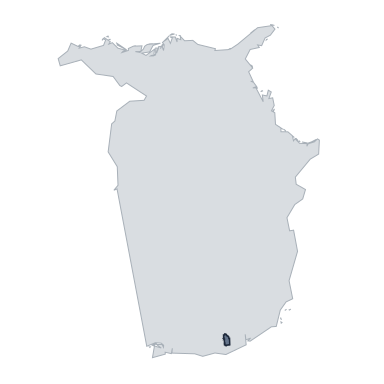 Tehama, California, United States of America (highlighted), rotated 268°
{"feature_id": "52423323B93817319778568", "entity_name": "Tehama", "entity_type": "district", "adm_level": 2, "iso_a3": "USA", "parent_name": "United States of America", "parent_adm1": "California", "projection": "orthographic", "projection_center": [-122.356, 40.125], "detail": "fine", "context": "in_parent", "style": "filled", "palette": "slate", "viewbox_px": 384, "rotation_deg": 268, "n_neighbors": 0, "source": "geoboundaries", "source_scale": "gbopen_adm2", "svg_char_len": 5179}
<svg xmlns="http://www.w3.org/2000/svg" viewBox="0 0 384 384"><g transform="rotate(268 192 192)"><path d="M313.3,100.1L327.9,86.0L322.7,64.7L330.0,62.9L337.2,72.7L345.0,76.4L341.2,83.7L342.1,85.9L339.7,84.3L340.9,89.5L338.3,96.0L341.6,108.7L346.9,111.0L348.3,109.0L346.7,107.5L347.8,107.9L349.3,109.9L345.0,115.6L342.7,114.0L344.0,117.6L338.3,123.0L336.0,130.7L335.1,128.0L333.8,126.8L335.7,133.4L337.6,133.4L339.8,138.5L339.8,147.1L334.2,145.7L334.3,140.3L333.3,144.7L336.5,148.4L339.3,149.8L341.0,152.4L341.8,165.6L339.9,158.3L333.5,154.5L332.5,146.6L330.1,150.8L336.0,159.5L331.3,158.8L330.3,159.8L329.9,156.2L329.4,155.3L329.4,158.4L330.3,160.4L337.2,160.8L336.9,163.2L333.0,161.4L331.9,161.4L336.6,163.5L338.3,163.5L338.7,166.3L336.3,165.5L340.4,167.5L340.1,168.4L338.0,167.3L334.4,168.5L340.0,169.4L342.4,167.7L349.0,174.8L343.7,169.5L346.4,173.4L341.3,175.6L346.7,177.7L347.8,175.4L347.5,180.7L342.4,182.3L346.1,182.5L344.6,186.1L348.1,185.7L343.4,189.9L343.5,198.1L339.3,202.9L334.4,220.4L332.6,219.8L333.0,232.8L333.6,235.6L338.2,243.0L353.9,263.3L355.5,277.7L351.9,280.6L346.0,275.8L343.4,270.4L335.8,266.7L336.7,262.7L334.1,264.3L332.4,255.1L323.1,249.9L313.7,257.0L310.2,252.8L300.0,257.1L300.7,254.5L299.5,257.3L295.1,260.3L293.9,256.4L293.9,259.5L279.7,266.3L286.5,265.7L285.4,270.2L291.1,271.8L289.2,274.7L282.7,272.1L283.3,275.9L275.6,277.2L270.3,274.2L268.4,277.5L256.7,277.8L251.5,285.1L252.8,283.1L249.1,283.0L248.8,289.9L242.9,296.2L244.2,294.4L239.6,295.2L241.6,296.9L236.9,301.2L236.3,308.8L233.7,308.4L236.1,309.7L237.8,316.0L240.7,319.3L239.4,321.1L225.5,319.9L220.7,311.3L203.3,295.8L196.1,296.4L190.5,305.5L181.2,302.4L175.9,294.3L163.0,286.0L149.8,288.2L150.3,292.2L129.0,295.4L100.0,285.9L81.8,288.9L78.9,282.2L70.9,276.1L54.7,271.5L54.5,266.6L40.9,244.9L41.3,242.6L44.0,245.5L42.3,240.7L47.9,240.2L37.4,240.8L28.4,220.2L30.3,209.3L27.4,197.0L30.2,189.1L31.7,166.3L36.5,166.9L31.2,165.7L32.8,159.6L30.9,159.6L27.8,146.7L39.4,149.1L37.2,155.8L40.9,151.1L40.6,156.7L37.8,158.1L39.8,158.3L42.0,156.0L42.7,150.2L39.4,141.4L197.7,117.2L196.5,114.0L201.3,118.3L219.9,118.2L235.0,109.6L262.9,114.1L265.6,117.4L275.6,119.7L284.9,133.0L285.3,147.3L289.5,149.9L303.3,130.3L299.9,125.4L300.9,123.6L310.2,117.2L313.3,100.1ZM341.5,124.0L343.9,121.3L336.3,131.7L341.8,121.9L341.5,124.0ZM40.3,146.9L41.9,150.5L41.8,151.0L39.6,148.3L40.3,146.9ZM240.3,318.2L237.5,313.1L236.9,309.8L237.9,313.1L240.3,318.2ZM342.0,83.6L343.0,85.2L342.4,85.2L342.0,83.6ZM270.9,275.8L271.5,277.0L270.1,276.4L270.9,275.8ZM61.1,276.9L62.9,276.1L63.0,276.3L61.1,276.9ZM59.1,276.4L58.4,277.4L57.8,276.6L59.1,276.4ZM347.5,113.9L347.4,115.5L347.1,115.4L347.5,113.9ZM237.3,306.6L236.9,309.4L238.2,303.7L237.3,306.6ZM349.1,256.5L352.1,260.5L348.7,256.1L349.1,256.5ZM70.7,281.0L71.5,282.4L70.6,281.1L70.7,281.0ZM356.3,278.0L355.6,280.2L356.6,275.9L356.3,278.0ZM350.8,177.5L350.5,180.1L349.3,175.1L350.8,177.5ZM38.7,144.0L38.7,145.0L38.1,144.5L38.7,144.0ZM241.9,297.9L239.7,299.8L241.9,297.5L241.9,297.9ZM350.2,112.4L350.8,113.5L349.9,113.9L350.2,112.4ZM70.8,285.0L71.5,286.7L70.6,285.2L70.8,285.0ZM239.3,301.0L238.4,301.9L239.1,300.6L239.3,301.0ZM341.5,154.7L341.6,158.0L341.2,153.7L341.5,154.7ZM251.1,286.4L249.7,288.0L251.6,285.5L251.1,286.4ZM333.7,233.9L334.2,236.1L333.5,234.7L333.7,233.9ZM348.6,185.7L348.4,186.4L348.9,184.1L348.6,185.7ZM317.2,254.7L315.8,256.6L315.1,256.7L317.2,254.7ZM294.3,260.2L294.1,260.7L293.1,261.1L294.3,260.2ZM341.7,271.6L342.4,272.9L341.3,271.5L341.7,271.6ZM290.6,265.1L290.7,266.5L289.9,264.2L290.6,265.1ZM353.7,283.5L352.8,284.2L353.9,283.0L353.7,283.5ZM340.0,139.5L340.1,141.1L339.8,138.9L340.0,139.5ZM349.8,181.1L349.5,181.9L349.4,181.9L349.8,181.1Z" fill="#d9dde1" stroke="#a8b0b8" stroke-width="1"/><path d="M47.9,218.5L47.7,218.5L47.4,218.6L47.2,218.7L46.9,218.6L46.7,218.6L46.4,218.5L46.2,218.6L45.9,218.6L45.7,218.6L45.4,218.6L45.2,218.7L45.1,218.8L45.0,218.7L45.0,218.8L44.9,218.8L44.7,218.8L44.5,218.7L44.4,218.8L44.4,218.7L44.3,218.8L44.2,218.8L43.9,218.9L43.7,218.9L43.6,219.0L43.5,218.9L43.5,219.0L43.4,219.0L43.2,219.0L42.9,219.1L42.7,219.1L42.4,219.2L42.2,219.2L41.9,219.2L41.7,219.2L41.3,219.2L41.2,219.2L40.9,219.1L40.7,219.1L40.5,219.3L40.4,219.3L40.2,219.5L39.9,219.6L39.7,219.6L39.5,219.4L39.5,219.5L39.4,219.5L39.4,219.4L39.2,219.3L38.9,219.4L38.7,219.4L38.6,219.5L38.4,219.4L38.4,219.5L38.4,219.4L38.4,219.5L38.2,219.6L38.1,219.8L37.9,219.8L37.7,219.8L37.7,219.7L37.7,219.8L37.4,219.8L37.2,220.0L37.2,219.9L37.2,220.0L37.4,220.2L37.7,220.4L37.6,220.7L37.7,220.9L37.6,221.0L37.6,221.3L37.8,221.7L37.7,221.9L37.8,222.1L37.8,222.3L37.8,222.6L37.9,222.8L38.0,222.9L38.0,223.1L38.0,223.3L37.8,223.4L37.8,223.6L37.8,223.9L37.8,224.0L37.9,224.4L38.1,224.4L43.2,224.4L44.1,224.4L44.0,224.2L44.2,223.7L45.2,223.7L45.3,223.7L45.8,223.6L46.0,223.6L46.2,223.4L46.2,223.2L46.3,222.9L46.5,222.7L46.9,222.8L47.0,222.6L47.0,222.4L47.0,222.2L47.2,221.7L47.3,221.7L47.8,221.7L48.0,221.6L48.3,221.4L48.3,221.2L48.3,220.8L48.5,220.8L48.7,220.7L48.8,220.7L48.8,220.3L48.9,220.2L48.7,219.9L48.9,219.9L49.0,219.8L48.8,219.6L48.7,219.5L48.4,219.4L48.1,219.4L48.1,219.2L48.0,218.7L47.9,218.7L47.9,218.5Z" fill="#64748b" stroke="#1e293b" stroke-width="1.5"/></g></svg>